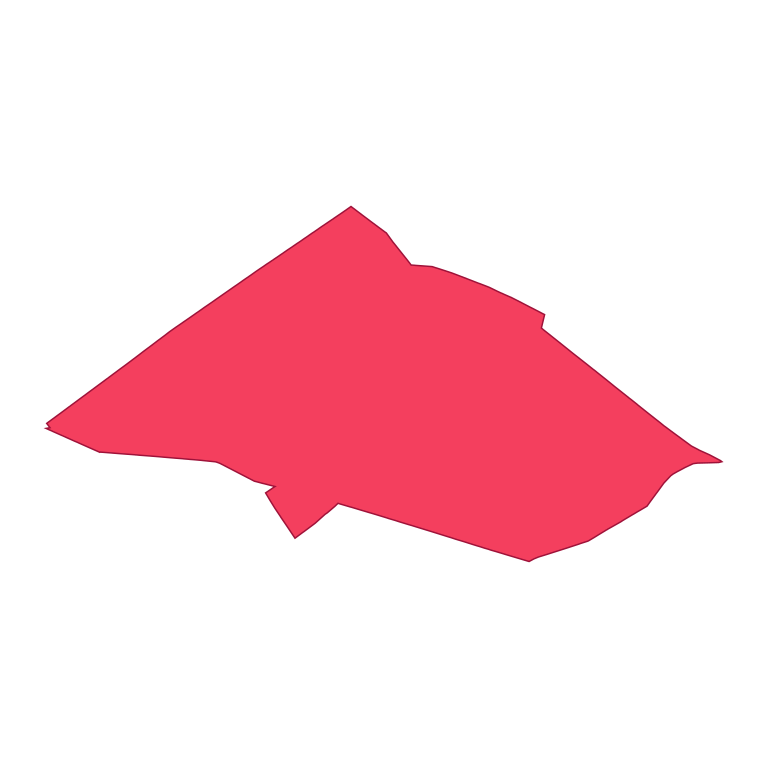 the district of Comuna 15, Ciudad de Buenos Aires, Argentina
{"feature_id": "61730980B90079701589370", "entity_name": "Comuna 15", "entity_type": "district", "adm_level": 2, "iso_a3": "ARG", "parent_name": "Argentina", "parent_adm1": "Ciudad de Buenos Aires", "projection": "robinson", "projection_center": [-58.461, -34.59], "detail": "fine", "context": "isolated", "style": "filled", "palette": "rose", "viewbox_px": 768, "rotation_deg": 0, "n_neighbors": 0, "source": "geoboundaries", "source_scale": "gbopen_adm2", "svg_char_len": 3820}
<svg xmlns="http://www.w3.org/2000/svg" viewBox="0 0 768 768"><path d="M426.0,529.9L429.3,530.9L442.1,534.9L448.5,536.9L450.9,537.6L455.4,539.1L463.7,541.6L471.6,544.1L472.5,544.4L477.0,545.8L480.4,546.8L484.7,548.2L488.6,549.3L488.9,549.4L489.1,549.5L491.2,550.2L491.9,550.4L495.4,551.4L503.4,553.8L505.3,554.4L522.4,559.5L529.1,561.5L533.9,558.9L538.5,557.0L546.6,554.5L556.6,551.3L557.9,550.9L568.2,547.6L569.4,547.2L578.9,544.1L580.5,543.5L587.7,541.2L588.4,540.9L594.3,537.4L598.8,534.6L605.4,530.6L605.5,530.5L606.5,529.9L606.8,529.8L608.2,528.9L610.2,527.8L621.0,521.7L622.6,520.6L624.1,519.7L633.0,514.4L633.4,514.2L637.9,511.5L639.5,510.6L647.1,506.1L647.5,505.5L650.2,501.7L656.3,493.4L657.3,492.1L663.7,483.3L664.4,482.5L664.7,482.2L669.0,477.6L670.8,475.7L672.6,474.4L673.1,474.0L678.2,471.1L678.3,471.1L683.0,468.6L684.1,468.0L684.8,467.6L693.1,463.7L695.0,463.4L696.0,463.3L697.2,463.1L708.5,462.8L718.7,462.5L721.9,461.7L720.5,460.6L709.5,454.8L699.5,450.3L697.7,449.3L691.7,446.2L691.4,446.0L691.1,445.8L682.1,439.2L673.0,432.5L671.7,431.5L671.5,431.4L665.5,426.9L664.2,426.0L663.6,425.5L659.8,422.4L655.7,419.2L646.1,411.6L637.1,404.4L637.0,404.2L636.2,403.6L631.2,399.6L629.2,398.1L621.2,391.7L615.1,386.9L614.0,386.0L606.0,379.5L598.1,373.2L596.7,372.1L596.5,371.9L594.4,370.2L594.1,370.0L594.0,369.9L593.4,369.5L586.9,364.3L580.4,359.2L572.5,353.0L569.9,350.9L561.3,344.0L552.4,336.9L543.1,329.5L541.4,328.0L544.6,314.6L544.2,314.4L542.6,313.6L533.0,308.6L529.6,306.9L521.9,302.9L513.9,298.8L511.9,297.8L511.8,297.7L511.5,297.6L511.0,297.3L510.4,297.1L504.2,294.4L502.1,293.4L500.8,292.9L500.2,292.6L497.4,291.3L493.1,289.2L489.4,287.4L488.9,287.2L486.9,286.4L480.4,283.9L479.4,283.5L478.9,283.4L472.0,280.7L467.6,279.0L456.4,274.7L451.9,273.0L447.1,271.4L437.2,268.2L435.5,267.7L432.2,266.6L425.5,266.1L415.7,265.4L414.9,265.3L412.3,265.1L411.5,265.1L411.2,265.1L408.5,261.6L407.8,260.7L399.6,250.4L394.2,243.6L393.1,242.3L386.3,232.9L384.8,231.9L371.1,221.7L362.2,215.0L351.0,206.5L345.0,210.7L343.3,211.9L336.1,216.8L329.5,221.3L321.5,226.7L313.6,232.2L312.3,233.0L305.7,237.6L304.5,238.4L298.9,242.3L297.8,243.0L297.3,243.3L296.6,243.8L289.9,248.4L287.9,249.7L286.9,250.4L286.6,250.6L281.7,254.0L268.6,262.9L267.0,263.9L263.3,266.5L259.7,268.9L255.9,271.5L253.1,273.5L251.0,275.0L243.0,280.5L241.9,281.3L240.5,282.3L236.2,285.3L235.0,286.1L226.4,292.1L219.1,297.2L218.1,297.9L217.5,298.3L209.8,303.7L204.5,307.3L201.6,309.4L195.4,313.7L194.3,314.5L185.2,320.8L176.2,327.0L170.4,331.1L168.9,332.2L164.0,336.0L157.8,340.6L153.1,344.2L148.3,347.8L143.6,351.3L138.8,355.0L129.4,362.1L127.4,363.6L124.6,365.7L119.8,369.2L115.0,372.8L113.1,374.2L110.3,376.3L100.7,383.4L91.1,390.5L80.3,398.5L69.1,406.8L59.7,413.8L57.9,415.1L48.0,422.4L46.7,423.4L50.0,427.7L46.1,428.4L49.1,429.8L51.7,430.9L52.7,431.4L60.8,435.0L70.0,439.1L74.9,441.3L77.8,442.5L79.0,443.1L79.7,443.4L89.6,447.8L99.8,452.3L100.2,452.1L103.1,452.3L120.5,453.7L131.4,454.5L135.3,454.8L135.7,454.9L136.5,454.9L139.3,455.2L150.0,456.0L158.7,456.7L164.2,457.2L172.5,457.9L178.6,458.4L178.8,458.4L182.6,458.7L184.3,458.9L188.2,459.2L189.9,459.4L192.9,459.6L200.9,460.3L203.6,460.6L215.4,461.8L216.8,462.2L219.3,463.1L220.6,463.7L226.6,466.8L238.0,472.7L246.7,477.2L254.4,481.2L256.8,481.8L263.1,483.5L263.7,483.6L275.0,486.5L273.6,487.4L272.6,488.1L265.6,492.9L270.1,500.5L275.0,508.4L280.5,516.6L280.7,517.0L287.3,526.7L295.0,538.2L303.2,532.1L303.7,531.8L306.5,529.7L313.6,524.4L314.4,523.8L315.3,523.1L325.2,514.2L327.2,512.9L334.8,506.4L338.0,503.3L339.2,503.7L349.4,506.7L350.0,506.9L351.3,507.2L361.9,510.4L364.3,511.1L368.6,512.4L371.4,513.2L376.4,514.7L387.2,518.0L388.6,518.5L395.4,520.5L399.7,521.9L400.7,522.2L408.6,524.6L412.1,525.6L413.0,525.9L422.1,528.7L426.0,529.9Z" fill="#f43f5e" stroke="#9f1239" stroke-width="1.5"/></svg>